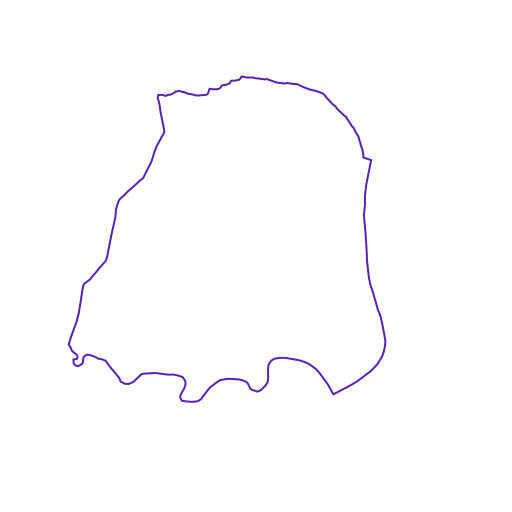 Oussouye, Ziguinchor, Senegal (Mercator projection), rotated 115°
{"feature_id": "50182788B11051302290888", "entity_name": "Oussouye", "entity_type": "district", "adm_level": 2, "iso_a3": "SEN", "parent_name": "Senegal", "parent_adm1": "Ziguinchor", "projection": "mercator", "projection_center": [-16.597, 12.494], "detail": "fine", "context": "isolated", "style": "outline", "palette": "violet", "viewbox_px": 512, "rotation_deg": 115, "n_neighbors": 0, "source": "geoboundaries", "source_scale": "gbopen_adm2", "svg_char_len": 3586}
<svg xmlns="http://www.w3.org/2000/svg" viewBox="0 0 512 512"><g transform="rotate(115 256 256)"><path d="M120.5,192.1L120.8,195.4L121.3,200.4L118.3,201.8L114.0,205.1L111.4,207.8L109.2,209.3L108.5,210.2L104.4,213.7L101.3,218.5L98.8,221.4L97.6,224.5L95.4,227.4L94.7,229.1L94.2,229.4L92.7,232.4L91.8,232.8L91.5,235.3L88.1,245.3L86.9,246.8L86.0,250.9L82.3,259.9L81.0,262.1L80.5,263.9L80.9,270.0L82.4,277.9L82.9,284.3L82.9,290.7L83.2,292.4L84.9,296.4L85.1,297.9L86.0,300.7L87.1,302.0L89.4,308.2L90.1,311.3L91.0,320.6L92.3,322.9L92.5,324.1L93.4,325.5L93.6,327.5L95.3,332.2L95.6,334.3L98.1,339.8L99.5,345.0L101.7,345.1L103.2,345.7L105.6,348.6L107.6,352.5L110.7,352.9L113.5,355.5L114.1,356.7L116.0,359.0L118.7,359.5L120.2,360.3L121.5,362.1L123.1,365.5L123.5,367.3L124.1,368.6L125.3,368.7L128.4,368.2L129.9,368.4L131.5,369.9L132.0,370.7L132.1,371.5L134.8,375.8L136.2,379.4L136.2,380.8L137.7,386.5L137.9,391.1L138.5,391.3L138.5,394.5L139.1,395.9L139.8,396.5L141.0,398.5L142.0,398.7L144.5,400.5L146.3,402.2L147.0,403.8L148.7,405.1L149.2,406.2L149.6,408.8L150.4,410.8L151.3,411.9L151.0,412.0L151.1,412.3L151.6,412.7L153.4,412.0L154.3,412.0L156.3,410.0L159.6,407.4L166.1,403.2L176.8,395.3L180.7,392.5L182.5,391.4L184.5,391.5L187.7,391.8L190.5,391.9L195.8,392.3L198.5,392.5L205.2,391.9L213.4,390.8L216.4,390.7L219.1,390.8L225.4,391.1L230.1,391.1L233.0,391.2L236.6,393.0L242.8,395.6L246.7,397.3L250.8,399.1L257.3,401.4L261.6,403.4L264.4,403.7L267.3,403.4L270.0,403.0L273.2,402.5L279.4,400.1L287.3,398.3L297.5,396.1L319.1,390.7L321.7,390.2L323.9,390.2L325.6,390.6L328.2,391.4L333.3,393.0L337.7,394.0L343.8,395.7L347.5,396.6L354.1,400.1L355.9,400.0L360.4,398.9L368.8,396.4L373.4,395.1L383.0,392.4L391.2,390.9L399.0,390.2L407.4,389.5L415.3,388.3L417.7,384.8L418.7,383.8L419.5,383.1L420.2,381.1L420.6,379.4L420.7,379.1L421.4,376.5L422.2,375.5L423.1,374.9L424.6,374.7L425.5,375.3L426.0,376.6L427.0,377.7L429.9,376.1L430.5,375.7L431.0,374.5L431.5,373.3L430.9,370.5L429.7,369.6L427.5,368.1L425.9,367.8L422.9,368.9L420.9,369.5L418.5,368.8L416.6,367.1L415.7,362.9L415.4,359.2L415.7,355.3L415.1,353.6L414.7,352.1L414.5,347.9L414.8,347.4L415.7,346.1L416.5,344.4L417.3,343.4L417.9,341.6L418.7,340.3L419.3,339.3L419.7,338.0L420.4,336.3L420.7,335.8L421.1,335.2L421.6,333.9L422.2,332.7L422.7,331.9L423.0,331.3L423.3,330.6L423.8,329.5L424.2,328.9L424.4,328.3L426.0,326.6L427.0,325.7L427.2,322.0L427.2,320.9L425.9,317.4L422.2,314.1L413.7,310.7L413.2,310.5L411.2,309.7L409.8,307.4L408.4,305.0L406.6,301.5L404.7,298.1L402.4,290.9L400.6,285.4L398.6,281.3L397.4,276.9L396.7,271.5L398.7,267.8L400.5,266.4L402.6,265.5L407.1,265.1L410.2,265.5L412.0,265.5L413.8,265.6L415.7,265.3L417.1,263.9L418.5,262.1L417.4,258.1L415.2,252.3L412.3,247.5L409.2,245.4L403.9,244.3L399.5,243.3L395.1,242.3L389.2,239.4L388.2,238.8L383.6,236.0L379.3,229.9L376.9,223.9L375.1,219.5L374.4,215.8L374.2,211.9L375.0,209.5L378.9,204.6L379.0,202.8L378.6,200.7L378.4,197.6L375.6,194.9L372.5,193.9L370.0,192.8L366.2,192.1L363.0,192.8L359.2,194.5L354.8,196.7L349.9,198.5L347.4,198.5L344.1,197.8L341.1,195.6L338.5,191.8L335.9,186.3L332.2,172.6L331.5,166.7L331.5,161.8L333.1,153.9L335.2,149.0L339.0,142.1L341.9,136.8L346.3,130.7L348.6,127.4L335.6,117.4L327.6,111.8L312.0,103.4L302.6,100.2L293.8,99.3L289.0,99.7L282.5,101.2L278.2,102.9L272.2,107.1L263.5,113.4L256.8,118.7L256.8,118.8L253.2,122.8L247.0,128.1L239.0,135.2L233.4,140.4L228.4,144.2L214.6,152.7L202.3,159.1L189.5,166.1L176.0,173.9L175.5,174.2L173.8,175.3L173.6,175.4L163.5,178.9L155.2,182.8L145.5,186.0L134.7,188.7L125.0,191.1L120.5,192.1Z" fill="none" stroke="#5b21b6" stroke-width="2"/></g></svg>